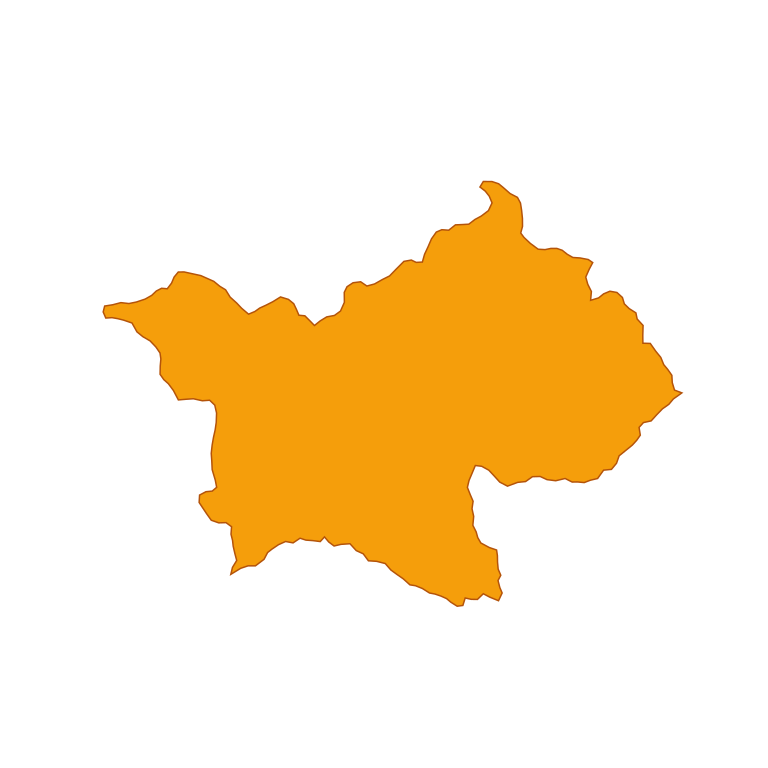 Alvorada de Minas, Minas Gerais, Brazil, rotated 15°
{"feature_id": "56859067B93415811107896", "entity_name": "Alvorada de Minas", "entity_type": "district", "adm_level": 2, "iso_a3": "BRA", "parent_name": "Brazil", "parent_adm1": "Minas Gerais", "projection": "albers", "projection_center": [-43.373, -18.776], "detail": "fine", "context": "isolated", "style": "filled", "palette": "amber", "viewbox_px": 768, "rotation_deg": 15, "n_neighbors": 0, "source": "geoboundaries", "source_scale": "gbopen_adm2", "svg_char_len": 3335}
<svg xmlns="http://www.w3.org/2000/svg" viewBox="0 0 768 768"><g transform="rotate(15 384 384)"><path d="M674.0,315.5L666.2,314.7L662.1,308.1L659.8,301.1L654.3,296.5L649.2,292.9L644.5,286.7L638.0,282.0L630.7,275.9L623.5,277.6L621.4,270.1L619.1,260.4L611.7,255.7L608.9,250.1L601.3,247.7L595.4,244.4L591.9,238.7L585.3,235.3L578.2,235.9L572.8,240.1L569.0,245.3L561.9,249.7L560.4,241.0L555.0,234.9L551.2,228.5L552.5,220.1L554.2,212.7L549.1,210.9L540.8,211.5L533.7,212.9L527.5,211.3L521.5,208.7L515.9,208.3L510.0,209.9L504.8,212.5L498.0,213.9L488.9,210.3L481.3,206.2L477.0,202.8L477.0,195.9L474.9,188.3L472.0,180.7L469.0,173.9L464.6,169.2L456.5,167.4L448.2,163.3L442.9,160.9L435.9,160.5L427.5,162.7L425.7,168.9L431.9,171.5L437.0,175.3L441.5,181.1L440.0,189.5L434.4,196.7L429.3,201.5L424.5,207.7L417.5,210.0L411.8,211.8L406.7,218.7L399.9,220.0L395.2,223.7L392.3,231.5L391.0,240.3L389.6,248.2L389.5,256.3L383.6,258.2L378.3,257.2L371.5,260.4L365.8,270.3L361.4,278.2L355.4,283.5L349.0,289.8L342.1,293.8L335.0,291.3L327.9,294.2L323.1,299.6L321.9,305.8L324.6,315.4L323.1,324.8L318.4,330.6L311.3,334.0L306.0,339.6L301.7,345.5L295.8,342.0L289.9,338.6L284.0,339.6L280.1,334.6L276.0,329.8L269.8,327.0L261.5,326.7L255.3,333.3L249.4,338.6L244.3,342.8L240.5,347.4L235.1,351.6L226.9,347.7L220.9,344.0L212.9,339.9L206.6,334.0L200.1,332.1L193.0,328.9L179.0,326.7L170.5,327.1L161.9,327.5L156.3,329.1L153.6,335.0L152.7,341.5L150.0,348.1L144.4,349.1L140.0,353.1L136.7,358.5L131.3,363.8L123.6,368.9L116.8,372.3L108.8,373.5L101.4,377.7L94.0,381.0L94.1,387.1L98.2,392.3L104.1,390.3L110.0,389.8L115.9,389.7L124.8,390.3L131.9,397.6L138.8,400.7L146.9,402.9L154.1,407.3L159.6,412.0L162.0,417.6L163.2,424.5L165.2,432.6L170.2,436.8L175.6,439.5L182.3,444.8L189.5,452.6L197.2,449.8L203.7,447.6L212.9,447.2L219.8,444.8L226.0,448.2L229.8,455.4L231.9,464.6L232.8,472.1L233.1,479.6L233.8,487.4L235.1,495.8L237.6,503.0L240.2,511.2L245.9,520.5L249.1,527.1L245.8,531.9L239.9,534.1L234.6,539.0L236.1,546.3L241.1,550.7L246.1,555.1L252.4,560.3L260.3,560.9L267.3,558.8L273.7,561.3L275.1,568.7L278.2,574.3L280.3,579.7L283.8,586.3L287.4,592.6L285.1,600.4L285.3,607.5L293.3,599.1L299.8,594.8L306.9,592.9L313.5,584.4L315.2,576.9L318.5,572.5L323.7,566.5L329.7,561.6L337.3,561.0L342.8,554.7L349.0,555.0L355.8,553.7L363.2,552.7L366.1,547.1L371.5,550.9L377.7,553.4L384.0,550.0L392.5,547.1L400.3,552.1L407.9,553.4L414.7,558.8L422.8,557.2L431.7,557.1L438.8,561.9L446.1,564.7L453.0,567.2L461.0,571.3L466.6,570.7L474.0,571.6L482.0,574.1L487.6,573.7L493.8,574.1L500.0,575.1L505.1,577.5L512.2,579.7L517.5,577.5L517.8,569.7L524.0,569.4L530.0,567.9L534.2,560.9L541.3,562.5L550.7,563.7L552.2,555.3L548.6,550.7L545.0,544.3L546.3,538.5L542.2,533.3L539.7,526.5L538.0,520.5L535.7,515.2L528.0,514.7L518.7,512.5L514.3,508.1L511.3,503.0L506.4,497.5L504.9,488.7L501.3,481.7L500.4,474.2L495.9,468.5L491.3,462.3L491.1,455.1L492.2,447.3L493.3,439.1L499.6,438.2L507.5,440.1L514.4,444.4L521.2,448.8L529.7,450.7L538.6,444.4L546.0,441.6L551.4,435.1L558.8,432.9L566.2,434.2L574.9,433.0L583.4,428.4L591.1,430.0L596.4,428.5L602.9,427.4L608.3,423.5L614.8,420.0L618.4,410.4L625.8,407.6L629.1,400.4L629.7,392.5L634.2,386.3L639.7,378.7L642.7,372.9L644.8,367.1L641.6,359.9L644.6,354.1L651.6,350.5L655.4,343.1L659.4,335.9L664.4,329.9L667.4,323.5L674.0,315.5Z" fill="#f59e0b" stroke="#b45309" stroke-width="1.5"/></g></svg>